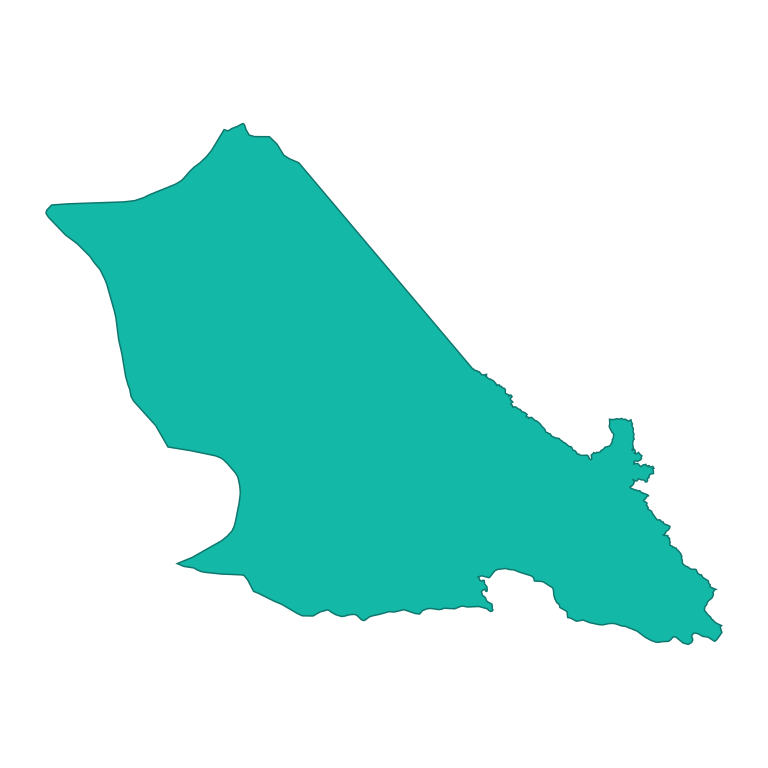 outline of Bualapha, Khammouan, Laos
{"feature_id": "54806243B82377713639337", "entity_name": "Bualapha", "entity_type": "district", "adm_level": 2, "iso_a3": "LAO", "parent_name": "Laos", "parent_adm1": "Khammouan", "projection": "albers", "projection_center": [106.234, 17.341], "detail": "fine", "context": "isolated", "style": "filled", "palette": "teal", "viewbox_px": 768, "rotation_deg": 0, "n_neighbors": 0, "source": "geoboundaries", "source_scale": "gbopen_adm2", "svg_char_len": 6121}
<svg xmlns="http://www.w3.org/2000/svg" viewBox="0 0 768 768"><path d="M721.9,632.5L720.3,627.3L720.3,626.7L721.6,625.6L717.1,623.6L714.4,621.7L712.8,619.8L711.6,619.1L710.6,617.1L707.4,614.3L706.9,613.2L704.4,610.3L704.7,607.8L705.1,606.6L706.9,604.3L706.8,603.4L708.3,601.0L712.1,597.8L713.4,594.7L713.1,592.3L714.4,590.0L715.9,589.4L710.0,586.9L710.2,584.9L708.5,582.9L708.4,581.0L702.6,577.2L701.4,574.8L700.0,574.9L697.8,573.3L696.1,569.6L695.3,569.3L691.0,569.2L687.3,566.6L685.7,566.3L682.7,563.7L682.3,562.3L682.3,560.1L681.5,558.3L681.8,556.3L680.5,553.3L677.8,550.1L677.1,549.9L676.2,548.2L674.4,547.8L674.0,547.2L672.8,547.2L672.4,546.3L670.0,545.2L669.7,543.5L670.3,542.3L669.6,541.3L669.6,538.7L669.4,538.1L668.5,537.8L667.6,536.9L668.0,536.2L667.8,535.6L664.2,535.4L663.4,534.9L664.6,534.4L664.9,533.5L665.5,533.2L666.0,531.5L668.3,530.0L669.6,528.1L670.0,526.5L668.2,525.4L664.0,523.9L663.2,522.0L661.9,521.9L660.3,520.1L659.3,519.8L658.0,520.1L656.8,519.5L652.5,513.6L651.5,511.2L647.8,509.0L648.2,507.4L647.3,506.7L647.2,505.9L646.4,505.0L647.0,503.1L643.7,500.7L644.0,499.7L645.3,498.9L646.4,497.5L646.8,496.4L648.1,495.8L648.9,496.1L647.7,494.9L641.6,492.5L640.4,491.7L639.8,490.7L638.0,490.9L636.0,489.9L634.6,489.9L633.4,489.1L631.7,488.7L630.1,487.4L630.2,486.6L631.8,486.0L632.2,485.2L633.3,484.5L634.3,481.8L633.2,479.9L636.1,481.0L637.1,480.7L638.7,478.7L641.2,479.8L643.8,480.0L644.8,480.6L645.3,481.9L646.7,481.9L647.6,480.4L647.3,478.7L649.1,477.4L649.0,475.8L649.7,474.8L651.2,473.7L653.0,473.8L653.5,473.4L653.3,470.4L652.5,468.8L653.9,468.4L652.8,466.4L650.1,467.1L649.2,465.7L648.3,465.7L648.0,466.4L646.4,465.8L645.9,464.4L643.4,464.8L640.9,466.6L639.8,465.9L637.9,463.5L633.9,463.8L634.6,462.7L634.0,461.7L634.3,461.2L635.2,460.8L637.5,461.3L640.0,460.2L641.5,458.6L641.1,457.5L641.9,455.8L639.7,454.1L638.6,452.4L636.3,453.9L634.4,453.1L635.4,452.1L634.6,449.4L633.7,449.3L632.4,450.3L632.0,449.6L633.0,448.5L633.3,447.6L632.5,443.4L633.0,441.9L632.9,440.7L634.3,438.9L633.4,437.3L634.0,434.2L633.0,431.6L633.3,428.6L631.9,425.6L632.5,423.9L631.8,423.0L630.9,419.8L628.5,421.2L625.2,419.2L623.6,419.5L621.4,418.4L619.2,419.2L616.9,418.7L613.4,419.6L609.5,419.3L609.8,424.3L609.3,425.2L609.3,426.9L612.0,432.3L613.8,434.2L613.1,438.7L612.4,439.2L612.2,442.0L609.8,446.0L605.1,447.2L603.0,449.6L601.1,450.5L599.8,452.3L596.3,452.5L596.0,453.2L595.2,453.2L593.6,452.7L593.2,453.5L591.3,455.0L591.8,459.2L591.4,459.6L590.5,459.6L589.3,458.9L589.4,458.1L588.6,457.5L588.5,456.3L587.1,455.2L581.9,455.4L579.7,455.0L579.1,454.2L577.1,454.0L576.7,452.8L575.2,450.9L572.7,449.8L571.7,447.4L571.0,446.7L569.1,446.5L564.8,442.8L563.3,442.3L561.9,440.8L560.3,440.0L559.2,438.6L554.9,437.7L552.9,436.6L551.4,436.2L550.9,434.8L549.9,433.7L548.8,433.7L547.9,432.8L545.7,432.1L545.2,430.0L544.2,428.6L541.6,426.1L540.9,424.8L539.1,422.9L536.7,421.0L535.0,420.5L531.8,417.5L530.3,417.4L528.6,418.3L528.0,417.1L526.2,416.7L526.1,416.1L527.1,414.5L525.0,412.7L521.9,411.7L520.4,409.7L518.1,408.8L516.3,407.3L514.9,406.8L512.7,407.1L512.2,405.2L510.8,404.1L511.0,403.4L512.8,402.0L510.3,399.5L510.4,398.6L512.1,396.6L510.8,395.0L509.0,396.2L508.8,394.9L505.7,393.5L505.1,392.0L505.4,391.3L505.3,389.6L504.3,388.3L503.4,388.3L502.2,387.5L501.1,386.2L499.8,386.2L499.2,384.9L497.7,384.9L496.6,385.4L496.1,384.0L493.9,381.2L490.5,379.1L488.6,378.8L486.2,376.4L486.6,374.4L485.7,374.4L485.1,375.6L484.2,374.7L482.0,375.0L479.2,371.8L478.3,372.0L477.0,370.8L474.4,370.2L473.8,369.8L473.8,369.2L472.8,369.0L298.8,162.8L289.3,158.7L283.8,155.2L277.0,144.1L269.4,136.7L254.5,136.6L249.1,135.0L246.1,129.7L244.6,125.1L243.4,123.6L242.0,123.9L237.4,126.4L231.8,128.5L228.5,130.7L227.3,130.7L224.1,129.6L211.7,150.2L206.5,156.6L200.0,162.8L194.0,167.2L189.8,171.3L183.1,179.0L181.1,180.8L175.2,184.3L149.5,194.7L143.5,197.7L134.8,200.6L123.7,201.9L68.9,203.8L52.9,204.9L51.4,205.2L46.8,210.1L46.1,212.3L46.1,213.5L48.6,217.4L65.5,235.0L77.2,243.7L89.9,256.4L94.5,263.0L100.1,269.7L105.2,280.1L106.9,284.6L114.7,312.3L115.9,317.8L118.7,339.7L122.0,354.4L125.6,376.3L128.0,384.8L129.7,389.2L131.1,396.6L133.7,401.2L155.7,425.6L168.0,447.0L190.9,450.7L215.4,455.8L221.0,458.0L223.4,459.7L227.7,463.9L235.4,472.9L237.5,476.3L238.3,478.8L239.8,486.3L240.3,492.8L239.9,497.0L239.0,503.7L235.3,522.2L234.1,526.5L231.9,531.1L227.3,536.1L221.8,540.6L192.2,557.4L177.2,563.6L183.8,566.4L194.0,568.0L196.9,569.8L201.3,571.6L205.0,572.3L220.8,574.0L242.0,574.9L244.3,575.7L247.9,580.3L253.5,591.3L258.6,593.4L274.2,601.2L281.9,604.4L297.1,613.4L302.3,615.8L313.0,616.0L320.2,611.9L327.6,609.9L329.4,610.6L331.2,612.2L335.6,614.6L341.5,616.5L344.3,616.2L349.3,614.8L353.3,614.4L355.5,614.6L357.4,615.8L361.3,619.6L363.2,620.5L364.7,620.4L369.5,616.8L372.6,615.8L379.7,614.3L388.9,611.7L394.3,612.0L403.9,609.7L415.3,613.5L419.6,614.0L422.5,610.6L426.8,608.9L430.5,608.4L438.8,609.6L442.2,609.1L444.1,608.2L454.7,608.8L460.4,606.5L462.7,606.1L467.7,607.0L478.8,606.5L487.0,608.7L489.3,610.8L490.8,611.4L491.9,611.2L493.0,610.0L492.1,608.4L492.3,605.7L491.8,604.0L488.0,602.0L486.9,601.1L486.2,600.1L485.6,597.9L483.7,596.1L482.6,595.7L481.4,591.6L482.6,590.3L484.9,589.1L485.6,591.0L486.3,591.5L486.9,591.3L487.3,589.9L486.9,586.7L484.5,583.8L484.3,580.6L482.8,580.3L481.7,581.2L479.9,580.4L479.3,578.2L478.0,577.1L480.4,576.1L482.3,575.9L488.9,577.7L489.7,577.3L494.8,570.8L497.7,569.4L505.9,568.5L509.1,569.5L514.0,569.9L519.0,572.0L531.1,575.8L533.0,577.1L533.8,578.3L534.4,581.0L541.7,581.5L543.4,581.9L552.5,587.8L553.3,589.5L553.9,595.4L554.7,598.4L556.7,602.5L559.3,604.6L559.9,607.5L567.0,611.5L567.7,617.5L570.6,618.1L575.9,621.0L577.0,621.2L583.1,620.0L589.5,622.6L598.9,624.6L602.7,624.9L608.8,623.6L612.7,623.4L615.5,623.8L621.9,626.0L625.2,626.3L637.1,631.1L645.3,637.3L651.0,640.4L655.7,642.1L658.5,642.3L661.9,641.7L668.5,641.3L670.2,640.2L673.3,636.8L675.8,637.0L683.1,643.0L688.3,644.4L691.5,642.5L692.7,640.4L692.6,638.6L691.6,636.2L692.3,634.6L693.8,633.3L695.4,633.0L698.5,633.9L702.5,636.3L708.1,637.2L714.6,641.3L715.8,640.6L717.5,638.7L721.9,632.5Z" fill="#14b8a6" stroke="#0f766e" stroke-width="1.5"/></svg>